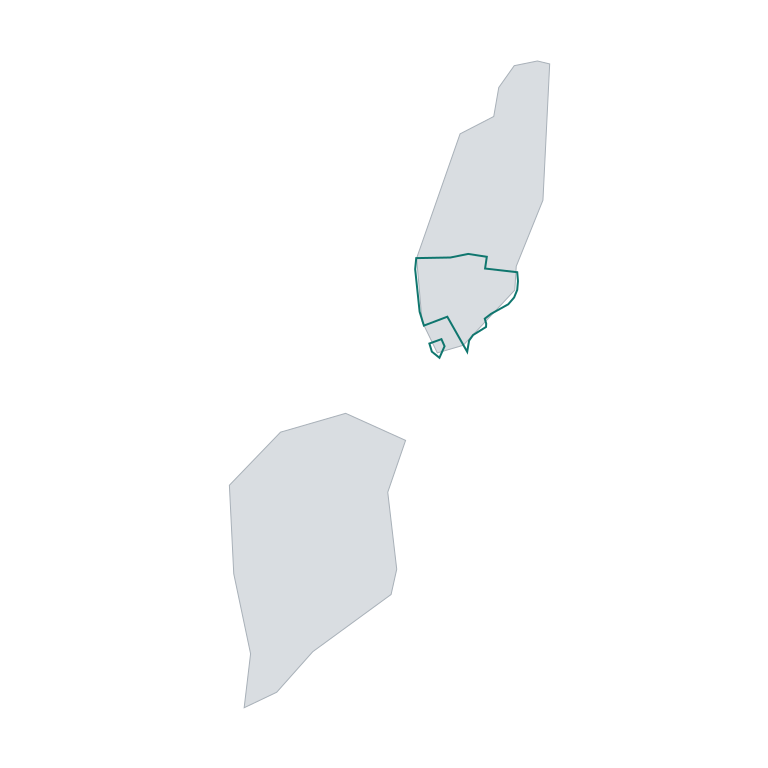 A'ana highlighted on a map of Samoa, rotated 273°
{"feature_id": "WSM-4985", "entity_name": "A'ana", "entity_type": "state/province", "adm_level": 1, "iso_a3": "WSM", "parent_name": "Samoa", "parent_adm1": "", "projection": "mercator", "projection_center": [-171.958, -13.906], "detail": "fine", "context": "in_parent", "style": "outline", "palette": "teal", "viewbox_px": 768, "rotation_deg": 273, "n_neighbors": 0, "source": "natural_earth", "source_scale": "10m", "svg_char_len": 888}
<svg xmlns="http://www.w3.org/2000/svg" viewBox="0 0 768 768"><g transform="rotate(273 384 384)"><path d="M274.8,234.9L330.5,283.2L352.7,347.2L328.8,408.5L276.1,393.4L199.7,406.4L174.2,402.1L113.0,326.9L70.6,293.0L53.4,261.3L107.6,264.9L186.6,243.9L274.8,234.9ZM712.3,532.7L575.9,533.1L508.5,509.9L484.6,509.7L426.8,461.1L417.9,435.6L448.3,418.8L511.3,410.0L637.8,446.9L656.9,479.6L686.1,483.1L708.7,497.4L714.6,520.3L712.3,532.7Z" fill="#d9dde1" stroke="#a8b0b8" stroke-width="1"/><path d="M444.4,420.8L458.0,415.8L500.3,409.1L511.4,409.6L513.8,443.7L518.3,461.3L516.4,480.0L504.6,478.9L502.6,511.2L493.7,512.4L484.9,512.1L477.2,509.4L470.1,503.9L459.7,487.3L454.5,481.2L449.7,482.9L446.3,482.9L437.6,470.4L431.8,466.7L420.5,465.4L454.5,443.7L444.4,420.8ZM413.1,438.0L418.8,430.1L426.8,427.2L431.8,439.0L424.9,442.5L413.1,438.0Z" fill="none" stroke="#0f766e" stroke-width="2"/></g></svg>